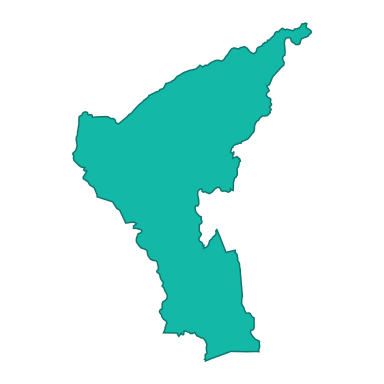 the district of Tonayán, Veracruz, Mexico
{"feature_id": "50627088B6451508023374", "entity_name": "Tonayán", "entity_type": "district", "adm_level": 2, "iso_a3": "MEX", "parent_name": "Mexico", "parent_adm1": "Veracruz", "projection": "natural_earth1", "projection_center": [-96.914, 19.72], "detail": "fine", "context": "isolated", "style": "filled", "palette": "teal", "viewbox_px": 384, "rotation_deg": 0, "n_neighbors": 0, "source": "geoboundaries", "source_scale": "gbopen_adm2", "svg_char_len": 5949}
<svg xmlns="http://www.w3.org/2000/svg" viewBox="0 0 384 384"><path d="M205.5,361.0L211.0,358.7L230.9,351.4L246.6,351.7L257.1,351.5L258.9,351.7L258.6,349.4L259.4,348.3L259.6,345.7L259.3,343.6L259.4,341.3L258.5,340.7L257.6,340.4L255.1,339.1L251.4,334.6L250.8,333.1L250.4,331.2L250.8,330.5L252.4,330.1L253.7,329.0L254.1,327.5L254.1,324.3L254.0,321.9L254.2,318.1L252.1,316.8L251.2,315.5L250.3,313.6L248.9,312.9L247.6,313.2L246.1,313.2L244.3,309.6L243.9,307.8L242.4,305.3L241.6,303.3L241.8,298.3L242.4,296.6L240.4,273.3L240.2,269.5L239.4,265.3L239.6,264.0L238.9,262.7L238.4,261.4L237.6,260.7L237.7,258.8L237.5,257.3L237.3,256.7L237.2,255.1L236.5,253.8L235.1,252.5L235.4,251.2L235.2,250.2L226.0,252.4L219.5,235.8L216.8,229.6L215.8,230.9L216.1,232.2L216.0,233.6L215.6,235.0L213.8,236.2L212.4,237.7L211.7,239.0L210.6,239.8L209.4,241.2L209.2,242.6L208.6,244.5L207.4,246.3L206.4,247.2L205.5,247.6L203.6,248.1L203.7,246.8L204.0,246.2L203.9,245.2L202.7,245.1L202.6,243.6L201.8,242.4L200.2,241.6L199.1,240.1L198.9,238.3L199.7,237.0L201.0,235.3L201.4,234.0L200.9,233.1L199.5,231.6L199.2,229.0L199.2,226.2L199.4,224.8L201.8,222.8L201.9,221.3L201.3,219.6L201.2,218.3L201.2,216.7L199.4,216.1L197.9,214.5L196.6,212.9L195.3,210.4L195.1,206.8L196.1,205.7L197.6,206.0L198.6,204.6L198.8,202.3L198.7,199.9L197.6,194.8L197.8,191.8L198.1,190.7L200.3,189.1L201.7,189.0L202.1,191.2L203.4,192.2L204.8,191.7L209.0,193.6L210.4,193.1L212.2,191.9L213.9,190.2L215.2,188.5L216.5,188.1L217.5,187.2L219.7,187.6L221.2,190.7L222.3,191.2L223.9,191.0L225.8,191.1L228.2,192.2L230.3,191.1L230.5,188.9L231.8,190.1L233.1,190.5L233.5,182.1L234.7,177.9L236.1,177.1L237.3,174.7L237.3,171.6L237.0,169.6L237.5,167.6L238.3,166.8L238.9,164.8L239.2,162.0L240.4,161.2L240.1,159.9L239.4,158.5L238.5,158.8L238.1,157.5L237.0,156.5L232.7,158.4L233.0,154.3L233.6,154.2L233.9,151.5L232.6,153.4L231.0,152.7L230.4,152.0L231.3,150.2L231.5,148.7L232.0,147.6L233.0,147.2L233.2,145.9L235.9,144.3L237.7,144.1L238.7,143.1L241.0,143.2L241.3,142.3L242.0,141.5L243.8,140.8L248.0,138.8L250.2,136.3L251.6,134.2L253.8,131.9L254.4,129.7L254.5,126.5L254.9,124.5L256.7,121.3L258.4,120.4L260.0,117.9L262.6,115.9L265.1,116.0L267.5,115.5L268.6,114.2L270.3,112.7L269.8,111.4L270.5,110.7L271.0,110.0L271.1,109.2L270.1,107.9L269.4,107.0L269.5,106.5L270.4,106.2L271.4,105.1L271.5,104.5L271.5,103.9L271.0,103.5L270.6,103.0L270.5,102.3L270.4,101.4L270.7,100.6L270.8,99.8L270.7,99.1L269.8,98.2L268.7,97.8L267.7,97.3L267.4,96.5L266.7,95.9L266.3,94.8L266.9,92.9L269.3,90.7L266.7,85.8L269.4,84.7L272.5,77.1L275.8,73.3L282.0,66.5L283.8,65.1L284.1,62.5L283.2,60.7L282.6,58.8L282.8,57.1L283.7,55.8L284.8,55.2L285.1,51.8L284.7,46.6L284.4,43.9L284.4,41.9L285.0,39.7L286.0,38.2L287.6,37.7L289.0,37.6L290.6,38.3L291.1,40.3L292.4,42.3L294.4,43.2L295.6,44.5L297.8,44.6L299.7,44.0L300.6,40.7L301.6,38.6L308.0,36.3L308.6,35.1L310.2,33.7L311.3,32.5L310.9,30.7L308.6,29.1L306.3,27.7L306.1,26.0L306.9,23.7L305.4,23.0L303.6,24.0L302.1,23.8L300.5,26.8L298.9,28.0L296.8,28.8L294.7,29.0L293.5,30.6L291.7,30.5L288.3,29.5L286.6,29.2L285.1,29.9L283.8,29.2L282.9,28.3L281.6,28.7L280.6,29.8L279.6,30.3L278.6,31.8L276.6,31.5L274.9,33.3L273.9,35.7L272.6,36.7L270.9,38.3L269.4,40.1L267.6,40.2L266.7,42.6L264.8,42.5L264.5,43.4L263.3,43.5L262.3,45.4L259.9,46.7L257.7,47.6L256.6,49.6L256.2,51.9L254.1,53.6L252.0,53.2L249.9,51.7L247.8,49.0L246.4,47.7L244.2,46.6L242.2,47.4L240.4,47.6L238.6,49.0L234.2,47.9L232.0,48.6L230.5,50.1L227.7,54.6L226.0,56.3L224.0,59.5L221.8,61.1L218.9,60.3L215.9,60.4L212.0,62.1L209.8,63.4L207.5,65.4L205.2,65.2L202.8,67.0L199.9,65.2L198.7,66.6L196.0,68.9L191.9,70.0L189.9,70.3L183.9,72.5L181.8,73.7L179.7,75.2L177.2,76.4L175.1,78.8L174.1,80.1L172.5,80.6L171.3,81.8L169.6,82.3L167.7,83.2L165.8,83.5L164.2,87.2L162.8,88.8L160.0,89.5L158.8,91.2L155.8,92.1L152.8,93.7L148.9,95.5L148.2,97.2L143.6,100.6L142.8,101.8L140.0,103.9L137.7,106.1L134.6,109.4L131.5,113.2L128.9,114.7L127.1,116.8L118.7,123.8L117.1,123.4L115.7,122.2L115.2,120.1L114.4,119.2L113.2,118.5L111.6,118.6L110.4,118.4L107.7,116.6L101.3,116.7L92.4,117.3L92.4,116.2L92.1,115.3L91.2,114.6L89.6,114.7L88.4,115.1L87.9,114.8L87.8,113.8L87.4,112.6L86.1,111.9L84.5,112.0L83.3,112.6L82.4,113.6L82.1,114.8L81.6,115.3L79.4,116.3L79.0,117.7L78.9,121.4L79.0,124.5L78.5,126.0L78.2,129.0L77.8,130.5L77.5,131.9L77.5,134.3L77.2,135.6L76.5,136.8L76.2,138.3L76.3,140.3L77.0,144.3L77.0,145.9L76.2,149.4L75.1,151.3L73.2,152.8L72.7,154.2L73.7,155.6L73.5,157.2L73.5,158.8L73.9,160.3L78.9,165.4L80.2,166.4L81.7,167.2L83.6,167.4L84.8,167.6L83.6,169.8L84.6,171.0L86.5,170.5L86.9,171.3L83.1,177.3L83.3,178.7L88.0,181.8L89.7,184.9L94.2,187.7L97.0,194.6L97.2,196.9L112.7,201.8L116.8,208.5L119.7,210.1L125.8,223.1L131.3,222.3L134.3,222.3L136.6,223.8L133.6,226.0L133.4,228.3L136.5,228.4L140.8,229.7L141.5,230.3L141.8,231.2L141.0,232.8L138.2,233.7L136.5,238.1L136.3,240.1L136.5,242.1L138.9,245.5L141.0,247.9L143.8,248.8L146.3,249.8L147.4,251.7L147.5,254.1L148.4,256.3L150.7,259.4L153.3,260.5L155.7,260.6L157.2,261.8L158.5,267.7L158.1,269.7L156.7,271.1L157.1,272.3L159.3,273.8L159.9,275.2L160.4,277.9L161.3,279.8L163.1,282.4L163.3,283.5L163.0,284.3L162.2,285.4L162.2,286.4L163.2,287.0L164.0,288.3L165.1,291.1L166.9,294.3L167.3,296.0L167.1,297.9L166.2,299.5L165.0,300.6L162.8,301.9L162.4,303.2L162.1,305.2L162.2,306.4L162.1,308.6L161.8,309.2L160.6,309.5L159.8,310.4L159.4,311.7L160.0,313.0L161.6,315.0L161.8,316.7L162.7,318.0L163.3,319.0L165.6,320.7L167.0,322.5L167.1,323.4L166.1,324.2L165.9,325.5L165.2,327.2L165.0,329.3L164.1,331.6L163.5,332.8L176.4,333.0L177.6,333.6L177.6,334.4L178.8,336.3L181.4,333.1L182.2,334.7L183.6,334.6L184.2,331.0L185.6,331.1L189.8,332.7L190.2,333.5L192.6,333.5L194.5,332.5L197.2,336.1L198.5,336.3L200.9,337.8L202.4,337.9L204.0,339.0L206.1,342.0L206.0,342.3L206.4,343.3L206.6,343.4L206.8,344.2L206.7,346.4L206.2,347.5L206.5,349.0L206.5,350.8L207.2,352.9L206.3,353.6L205.1,354.9L205.5,358.3L204.5,359.4L205.7,360.1L205.5,361.0Z" fill="#14b8a6" stroke="#0f766e" stroke-width="1.5"/></svg>